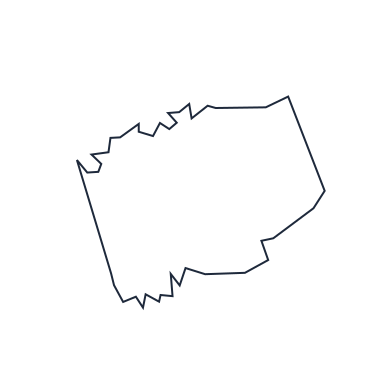 the district of Nicholas, Kentucky, United States of America, rotated 118°
{"feature_id": "52423323B57180370688472", "entity_name": "Nicholas", "entity_type": "district", "adm_level": 2, "iso_a3": "USA", "parent_name": "United States of America", "parent_adm1": "Kentucky", "projection": "robinson", "projection_center": [-83.996, 38.326], "detail": "fine", "context": "isolated", "style": "outline", "palette": "slate", "viewbox_px": 384, "rotation_deg": 118, "n_neighbors": 0, "source": "geoboundaries", "source_scale": "gbopen_adm2", "svg_char_len": 663}
<svg xmlns="http://www.w3.org/2000/svg" viewBox="0 0 384 384"><g transform="rotate(118 192 192)"><path d="M216.3,92.8L202.5,107.8L194.7,98.5L149.3,77.1L128.7,75.4L62.6,151.9L82.6,166.6L106.7,210.5L108.5,218.7L127.2,226.9L115.6,235.8L127.5,240.8L133.5,250.2L138.0,238.0L147.1,241.6L146.1,252.7L160.9,252.7L163.8,267.3L156.9,271.0L177.5,281.1L182.5,289.4L196.1,284.4L206.1,298.3L209.8,285.3L218.2,284.2L224.0,293.6L217.8,308.6L301.9,225.2L310.9,217.1L321.4,201.2L310.8,192.4L317.1,181.0L304.1,184.9L304.3,169.6L297.7,171.4L293.1,160.3L274.3,172.3L280.3,159.0L262.2,162.0L258.4,141.8L238.5,107.3L216.3,92.8Z" fill="none" stroke="#1e293b" stroke-width="2"/></g></svg>